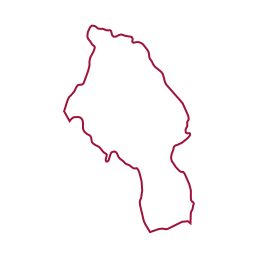 an SVG outline of Westmeath, rotated 263°
{"feature_id": "IRL-717", "entity_name": "Westmeath", "entity_type": "County", "adm_level": 1, "iso_a3": "IRL", "parent_name": "Ireland", "parent_adm1": "", "projection": "equal_earth", "projection_center": [-7.391, 53.56], "detail": "fine", "context": "isolated", "style": "outline", "palette": "rose", "viewbox_px": 256, "rotation_deg": 263, "n_neighbors": 0, "source": "natural_earth", "source_scale": "10m", "svg_char_len": 2885}
<svg xmlns="http://www.w3.org/2000/svg" viewBox="0 0 256 256"><g transform="rotate(263 128 128)"><path d="M152.4,66.6L163.1,71.5L166.1,73.5L167.4,75.4L171.0,79.3L174.2,81.2L175.8,82.6L176.7,83.6L176.8,84.6L176.8,85.7L176.7,86.9L176.9,88.2L177.6,89.1L178.4,89.7L189.3,95.3L194.4,97.3L196.2,97.6L197.8,97.7L199.9,98.2L202.8,99.3L207.5,102.7L210.0,104.1L211.8,104.8L213.0,104.7L215.2,102.7L216.1,102.2L219.0,100.9L220.6,99.7L221.5,99.3L222.5,99.0L223.5,98.9L225.3,99.1L228.2,99.9L231.8,102.1L233.3,103.4L234.0,104.7L233.8,105.7L233.5,106.7L233.1,107.6L232.5,108.4L231.0,109.7L230.4,110.5L230.0,111.4L229.8,112.5L229.6,114.6L228.8,116.4L227.8,118.1L227.5,119.0L227.3,120.2L227.4,121.6L226.9,122.6L226.0,123.1L222.9,123.4L222.0,123.7L221.2,124.2L220.5,124.8L220.2,126.0L220.3,127.6L221.3,130.3L221.6,131.9L221.5,133.2L220.1,135.9L219.4,137.8L218.8,139.8L218.6,140.9L218.3,141.9L217.8,142.7L217.1,143.2L216.3,143.4L215.8,143.5L213.6,142.8L212.6,143.0L212.0,143.7L212.2,146.9L212.1,148.2L211.9,149.1L211.6,149.9L210.9,151.1L210.4,151.8L209.0,153.2L208.1,153.8L202.7,157.0L200.7,157.7L198.1,157.9L195.4,157.8L194.3,158.1L193.3,158.6L192.5,159.1L191.6,159.6L188.3,160.7L186.5,161.6L185.2,162.5L179.9,167.6L177.2,169.2L169.1,170.3L167.4,170.9L166.1,171.5L146.0,185.2L133.3,189.1L130.6,189.4L128.8,189.2L127.3,187.8L126.3,187.4L123.3,187.2L122.1,186.8L120.4,185.4L119.1,184.9L116.7,184.8L115.8,185.4L115.5,186.3L115.5,187.4L115.2,188.7L114.2,188.9L113.3,188.7L112.6,188.1L111.9,187.4L109.6,184.4L107.2,180.4L106.7,179.5L105.2,174.8L104.9,173.1L104.7,172.6L104.3,171.9L103.7,171.3L100.5,170.1L96.7,168.1L93.7,167.2L91.4,167.2L89.7,167.5L83.1,170.9L79.8,173.3L78.4,174.6L78.0,175.5L77.8,176.5L77.6,177.5L75.8,178.6L65.0,181.9L58.5,182.8L50.4,181.8L48.4,181.9L47.3,182.6L45.9,183.9L44.8,184.0L43.7,183.6L42.9,183.1L40.6,182.5L38.6,181.6L37.9,180.9L37.0,180.4L35.5,179.9L25.8,178.4L26.0,178.2L28.2,176.0L28.3,170.2L23.1,155.4L22.9,153.3L23.9,150.1L24.0,146.5L22.0,137.2L30.7,133.3L34.1,132.3L49.9,130.6L52.6,130.6L53.9,130.9L54.9,131.3L55.9,131.8L56.6,132.4L64.2,134.5L73.5,135.0L81.9,133.9L85.3,133.0L87.0,131.9L87.0,129.9L87.2,128.9L87.6,128.2L90.3,125.4L91.0,124.6L92.5,121.8L93.4,120.8L95.2,119.6L96.3,118.6L97.2,117.6L98.3,116.4L100.5,115.0L104.1,114.0L105.6,113.0L106.3,111.9L106.2,109.8L105.9,108.9L105.3,108.2L104.4,107.6L98.3,104.8L97.6,104.1L97.2,103.3L97.4,102.4L98.4,102.0L99.6,102.1L100.7,102.4L102.8,103.4L104.1,103.7L104.8,103.3L106.9,100.8L112.1,97.5L112.7,97.0L113.2,96.4L114.8,93.9L116.6,91.8L117.8,90.8L118.8,90.4L123.0,90.2L124.3,89.8L125.2,89.2L126.8,86.9L128.5,85.2L129.6,84.3L130.8,83.7L131.9,83.5L133.2,83.3L134.5,83.4L137.7,83.9L140.5,83.9L142.0,83.5L143.1,82.9L143.8,82.2L144.4,81.5L144.8,80.6L145.0,79.6L145.1,77.5L145.2,76.8L145.3,76.3L145.3,76.0L145.3,75.5L145.1,75.0L144.3,73.5L143.2,72.1L141.9,70.9L152.4,66.6Z" fill="none" stroke="#9f1239" stroke-width="2"/></g></svg>